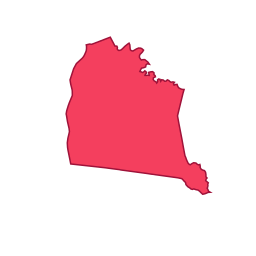 outline of Porto da Folha, Sergipe, Brazil, rotated 245°
{"feature_id": "56859067B74196291305545", "entity_name": "Porto da Folha", "entity_type": "district", "adm_level": 2, "iso_a3": "BRA", "parent_name": "Brazil", "parent_adm1": "Sergipe", "projection": "orthographic", "projection_center": [-37.424, -9.906], "detail": "fine", "context": "isolated", "style": "filled", "palette": "rose", "viewbox_px": 256, "rotation_deg": 245, "n_neighbors": 0, "source": "geoboundaries", "source_scale": "gbopen_adm2", "svg_char_len": 2434}
<svg xmlns="http://www.w3.org/2000/svg" viewBox="0 0 256 256"><g transform="rotate(245 128 128)"><path d="M191.4,94.5L186.2,93.5L184.8,93.0L181.0,91.3L175.8,85.6L173.6,83.4L169.5,79.7L166.9,77.9L165.6,77.6L163.4,77.0L160.6,76.2L159.1,75.8L152.5,74.4L149.5,73.4L148.4,72.6L144.1,69.2L140.2,66.7L135.9,65.0L133.1,64.2L126.5,62.6L124.4,62.1L119.6,60.9L102.6,88.9L101.7,90.4L97.4,97.1L93.8,102.8L93.0,103.8L86.0,114.7L78.3,126.7L77.0,128.6L61.7,152.3L59.4,155.3L58.0,155.9L56.7,156.2L54.3,157.1L52.2,156.6L49.5,157.4L47.5,158.7L46.1,159.3L45.1,160.5L45.0,161.9L43.4,163.5L42.2,165.2L40.4,166.2L38.6,166.8L36.4,167.7L35.9,169.9L35.8,171.5L35.8,173.3L35.0,175.4L36.6,174.3L38.3,174.4L39.9,174.3L40.9,175.3L42.2,176.2L43.4,176.5L44.4,177.6L46.1,176.8L47.5,176.2L48.7,177.2L49.3,178.5L50.8,178.0L53.0,179.0L55.2,179.6L57.1,179.3L58.3,177.9L59.7,176.9L61.6,176.7L63.1,177.4L64.6,177.7L64.7,176.4L65.9,175.4L67.5,174.8L68.8,172.8L68.7,170.9L68.4,168.8L69.5,168.0L70.8,167.6L72.1,167.6L74.0,167.6L75.5,167.7L77.0,167.9L78.8,167.9L87.0,170.0L95.7,172.3L110.5,176.0L118.1,178.0L126.5,184.7L136.1,192.4L139.2,195.1L140.2,193.3L141.4,192.1L143.1,190.9L144.8,190.7L146.8,190.9L147.3,189.5L147.4,187.9L148.9,187.9L149.8,189.4L150.8,188.2L151.3,186.3L152.6,185.5L153.8,185.1L155.0,184.0L154.4,182.1L155.0,180.9L156.5,180.3L157.5,178.9L156.5,177.4L158.6,177.6L159.5,176.4L159.1,175.1L157.4,174.4L156.6,173.0L158.2,172.8L159.5,171.7L161.3,171.3L162.8,172.3L162.8,174.5L164.0,174.7L165.3,174.1L167.1,174.9L168.7,174.1L169.3,172.4L169.7,170.2L167.9,169.8L166.7,169.5L167.5,168.1L167.9,166.9L168.5,165.7L169.5,166.6L170.0,168.1L171.4,168.1L172.7,167.4L172.2,166.1L172.2,164.5L173.4,163.6L174.2,162.6L175.3,163.9L176.5,165.5L176.0,167.8L175.9,169.8L177.6,171.0L178.0,172.7L176.8,174.3L179.3,173.9L182.9,172.1L183.7,170.3L184.0,168.8L185.5,168.4L187.1,168.2L188.6,168.9L189.7,170.1L190.1,171.4L190.9,173.4L192.0,175.0L194.2,174.0L195.1,173.1L196.0,171.4L196.1,169.1L195.9,167.0L195.7,165.0L196.6,163.8L197.7,163.2L199.1,163.5L200.7,164.1L202.6,164.8L204.5,164.8L204.2,163.1L203.8,161.5L203.3,159.5L202.6,157.7L202.1,156.2L201.7,154.7L201.8,153.4L202.4,152.1L204.1,151.6L205.6,152.5L206.9,152.5L207.8,150.8L217.8,150.3L219.2,130.4L220.3,128.7L221.0,125.3L219.5,124.9L217.2,123.8L215.4,122.6L213.0,119.9L212.2,118.9L211.5,117.9L210.6,116.1L208.2,108.5L204.7,103.8L196.1,95.8L193.4,95.0L191.4,94.5Z" fill="#f43f5e" stroke="#9f1239" stroke-width="1.5"/></g></svg>